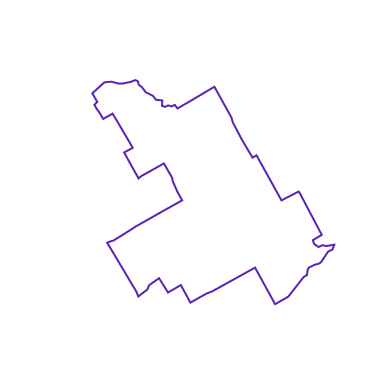 Farroupilha, Rio Grande do Sul, Brazil (Robinson projection), rotated 331°
{"feature_id": "56859067B57975111280948", "entity_name": "Farroupilha", "entity_type": "district", "adm_level": 2, "iso_a3": "BRA", "parent_name": "Brazil", "parent_adm1": "Rio Grande do Sul", "projection": "robinson", "projection_center": [-51.37, -29.195], "detail": "fine", "context": "isolated", "style": "outline", "palette": "violet", "viewbox_px": 384, "rotation_deg": 331, "n_neighbors": 0, "source": "geoboundaries", "source_scale": "gbopen_adm2", "svg_char_len": 1382}
<svg xmlns="http://www.w3.org/2000/svg" viewBox="0 0 384 384"><g transform="rotate(331 192 192)"><path d="M282.1,310.1L287.1,310.4L290.8,307.1L286.5,305.5L283.4,304.5L280.2,301.7L276.0,301.5L273.6,296.8L274.4,292.7L284.7,292.4L285.7,246.4L285.5,243.3L270.5,242.8L266.2,242.8L266.2,221.6L266.2,216.1L266.2,212.6L266.2,207.9L266.2,197.2L266.2,191.2L261.6,191.3L261.0,170.5L261.4,151.2L262.6,145.9L262.6,110.8L239.2,111.5L219.8,111.9L219.2,107.5L215.6,107.2L213.1,104.7L209.6,104.4L207.6,102.1L210.4,97.5L205.2,93.9L204.5,89.1L199.9,82.2L199.0,76.0L197.5,72.5L198.3,68.8L196.6,66.6L191.5,65.9L184.2,63.6L180.5,61.7L175.2,56.6L168.6,53.6L155.3,56.7L152.7,57.3L152.8,67.3L148.9,68.4L148.9,73.0L149.6,77.8L149.7,85.0L155.3,85.0L160.5,84.9L160.9,94.7L161.6,124.6L155.5,124.6L151.8,124.5L151.8,134.6L151.8,154.2L155.3,153.5L181.3,153.4L181.5,170.1L180.4,173.2L179.3,185.0L179.4,194.5L155.3,194.6L125.8,194.9L119.6,195.4L116.6,195.5L113.8,195.7L99.6,196.4L97.1,195.7L93.2,195.3L93.7,208.9L94.8,245.8L95.0,248.9L95.0,252.5L94.4,257.4L99.0,256.6L105.7,255.7L109.1,252.8L121.4,251.4L122.3,268.3L137.1,268.0L137.0,288.0L145.9,287.9L155.8,287.9L161.2,288.7L182.5,288.7L187.6,288.7L210.5,288.7L210.4,304.6L210.3,330.4L225.5,330.2L233.3,326.9L248.4,320.5L252.4,320.3L255.2,316.4L257.5,314.8L263.9,315.1L268.5,316.2L271.0,315.9L282.1,310.1Z" fill="none" stroke="#5b21b6" stroke-width="2"/></g></svg>